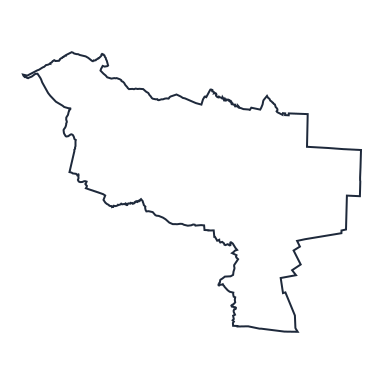 Sfantu Gheorghe, Covasna, Romania (Mercator projection)
{"feature_id": "2599482B96235819306010", "entity_name": "Sfantu Gheorghe", "entity_type": "district", "adm_level": 2, "iso_a3": "ROU", "parent_name": "Romania", "parent_adm1": "Covasna", "projection": "mercator", "projection_center": [25.764, 45.85], "detail": "fine", "context": "isolated", "style": "outline", "palette": "slate", "viewbox_px": 384, "rotation_deg": 0, "n_neighbors": 0, "source": "geoboundaries", "source_scale": "gbopen_adm2", "svg_char_len": 5824}
<svg xmlns="http://www.w3.org/2000/svg" viewBox="0 0 384 384"><path d="M297.7,331.8L295.6,328.5L295.4,327.8L294.9,315.5L285.4,292.4L283.0,293.1L280.7,278.0L296.0,275.2L292.1,270.2L300.7,264.5L293.6,250.5L299.9,246.6L297.1,240.9L305.1,239.2L341.4,233.2L341.5,230.5L346.0,229.5L346.9,195.6L359.9,196.2L360.3,181.3L360.1,180.3L360.1,177.3L360.5,167.4L361.0,150.0L343.0,149.1L328.3,148.0L307.0,146.8L307.7,114.1L288.8,113.4L288.7,115.3L285.1,115.1L285.2,113.4L282.9,113.2L282.6,114.9L277.3,112.2L276.6,111.3L277.4,110.3L277.4,109.2L276.5,107.8L275.7,107.1L274.9,104.5L273.8,103.9L273.1,102.8L272.7,102.8L271.7,101.6L270.3,100.6L269.4,98.8L267.9,97.6L267.0,95.9L263.6,100.1L263.2,101.1L262.6,104.4L261.2,107.8L260.2,109.6L251.3,107.7L249.8,109.9L248.6,109.5L243.4,109.1L240.9,108.1L239.3,107.8L239.0,107.7L239.2,107.1L238.3,106.1L238.4,106.7L238.1,107.0L237.0,106.3L235.8,106.2L235.2,106.4L234.7,105.6L235.5,105.0L235.4,104.8L234.7,105.1L234.0,104.8L233.8,104.4L232.0,104.3L231.5,103.8L232.1,103.0L230.5,101.9L231.1,101.3L230.7,100.9L229.8,101.3L229.3,101.0L229.6,100.6L229.4,100.1L228.1,99.6L227.8,99.8L226.6,99.5L226.7,100.2L226.5,100.4L225.3,100.6L225.1,100.3L225.6,100.3L225.2,99.5L225.0,100.3L224.1,100.4L223.9,99.8L224.3,99.4L224.4,98.5L223.3,98.4L222.6,97.3L222.5,98.0L222.1,98.4L221.4,97.7L219.6,97.2L218.2,96.0L218.7,97.0L218.5,97.4L217.3,97.1L216.9,96.4L216.4,96.2L216.0,95.6L216.0,95.0L216.4,94.5L216.1,93.6L215.5,93.2L214.1,93.4L214.5,92.7L213.6,91.9L212.3,91.4L212.1,91.0L212.5,90.4L212.4,90.0L211.0,89.5L210.4,89.6L209.9,90.4L206.3,97.1L205.2,96.5L204.8,97.1L204.4,97.0L203.0,99.4L201.4,104.6L195.9,103.1L185.0,98.4L182.8,97.9L180.7,96.5L176.5,94.5L170.6,96.5L169.6,97.2L168.6,98.6L166.6,98.4L164.9,98.6L163.0,99.3L161.5,99.3L158.8,100.2L157.7,99.9L157.4,99.2L155.6,99.3L152.8,98.7L151.9,98.1L150.6,96.2L149.6,95.2L148.3,93.0L146.1,91.7L143.2,89.1L139.4,88.8L137.7,89.0L135.6,88.6L134.0,89.2L132.5,88.9L129.0,89.1L127.8,88.1L127.2,87.1L125.3,85.0L124.2,83.0L122.9,81.7L121.9,81.3L121.4,80.9L121.2,80.1L119.9,79.3L116.7,78.1L115.4,78.3L114.3,78.1L111.4,78.6L107.2,77.3L105.7,75.5L103.5,73.7L100.5,70.6L101.0,69.0L102.7,65.9L104.6,66.6L107.4,66.1L108.1,65.5L106.8,60.8L106.0,59.2L105.7,57.8L104.9,56.9L104.5,55.5L103.6,55.0L103.6,54.6L102.1,53.9L101.5,54.5L101.7,55.0L101.1,56.0L99.2,57.9L98.5,58.0L98.4,58.5L96.0,59.7L95.8,60.2L94.2,60.6L93.8,60.4L92.9,61.2L91.9,60.8L88.3,57.9L85.7,56.4L79.8,55.0L78.2,54.2L76.5,54.1L74.1,53.5L73.1,52.7L71.7,52.2L66.1,55.0L66.0,55.6L65.2,55.6L64.9,56.0L64.0,56.3L63.6,57.0L62.9,57.0L62.3,57.5L62.2,57.9L60.9,58.4L60.0,59.1L59.9,59.7L59.5,59.9L59.0,60.8L55.4,61.0L54.5,60.2L54.1,60.2L53.7,60.7L52.7,61.1L51.6,62.5L50.4,63.0L50.4,63.8L50.1,63.7L48.0,64.7L46.0,65.1L44.2,66.8L42.7,67.4L38.9,69.8L37.4,70.3L27.3,75.6L23.0,74.6L23.4,75.6L24.8,77.1L25.7,77.0L26.9,77.8L28.1,78.2L29.1,77.6L31.7,76.6L35.3,73.9L37.5,73.7L40.2,77.7L41.1,79.4L42.2,82.4L48.1,93.0L50.2,95.7L55.9,101.7L62.6,105.7L64.2,107.0L68.4,108.2L70.3,108.4L70.4,108.9L70.2,109.4L69.1,110.3L69.1,111.0L68.6,112.1L68.0,114.8L66.3,117.5L66.2,119.4L66.4,120.4L66.8,121.3L66.7,122.5L66.2,123.4L66.2,124.5L65.7,126.4L65.2,127.5L63.7,129.6L63.6,130.4L63.9,132.9L64.3,133.9L65.7,136.2L66.4,136.5L68.2,136.2L70.3,134.7L71.2,134.3L71.8,134.4L73.0,135.2L73.9,137.0L74.4,138.9L74.8,139.4L75.8,140.0L75.5,141.2L75.5,146.1L75.0,147.7L75.1,148.7L74.3,149.8L74.4,151.0L69.5,172.1L71.6,172.6L72.7,173.4L76.0,173.8L77.5,175.3L77.8,176.3L77.8,174.6L78.4,174.4L78.6,175.1L78.4,176.0L78.5,178.3L77.9,179.9L78.7,181.5L80.1,182.1L82.2,182.0L84.2,181.2L85.4,181.2L86.6,181.6L86.1,183.0L85.4,183.8L85.4,184.2L86.9,185.9L86.7,186.9L85.9,188.3L101.0,193.4L103.2,194.2L105.2,195.5L103.5,199.9L105.3,202.6L106.8,203.9L108.7,204.9L109.0,205.4L110.1,206.0L111.4,206.1L111.8,206.8L112.1,206.4L112.8,207.0L113.2,207.0L113.7,206.3L113.8,205.8L115.7,206.1L116.3,205.9L117.7,205.4L118.0,204.8L118.6,205.0L120.6,204.4L121.1,203.7L121.5,203.7L121.9,204.2L122.5,204.3L124.0,204.0L124.8,204.2L125.5,203.4L126.7,204.0L126.1,204.5L126.2,204.8L126.9,205.1L127.3,205.0L128.0,203.6L128.4,203.4L130.3,203.6L130.6,202.8L130.8,202.8L131.3,203.2L132.1,203.1L132.5,203.5L132.7,203.2L133.3,203.6L134.1,203.3L134.6,202.2L135.1,201.9L135.2,202.4L136.0,201.9L135.9,201.7L136.0,201.5L137.4,202.0L137.8,201.5L137.7,201.2L138.3,201.3L138.3,200.9L138.9,200.6L139.5,201.0L139.7,200.9L139.9,200.7L139.7,200.2L141.0,199.1L142.8,201.3L142.9,202.3L143.4,203.3L143.8,205.0L145.4,206.7L145.1,207.7L145.6,210.0L146.4,211.4L148.6,211.2L152.7,212.1L155.4,215.2L156.7,215.7L158.7,215.9L162.9,217.6L165.6,219.3L169.3,222.6L172.7,224.1L177.5,224.2L180.1,223.8L182.2,223.9L184.0,224.8L187.8,225.7L191.2,225.3L193.1,224.5L194.8,224.7L195.4,225.6L201.2,225.1L204.1,225.4L204.5,230.0L208.5,230.2L208.5,230.5L213.7,230.4L214.3,236.9L215.0,236.9L217.2,240.7L219.2,239.8L219.3,241.0L220.3,242.5L222.2,241.9L224.0,243.4L224.4,244.7L225.3,245.1L227.8,244.2L229.5,245.4L230.4,245.2L230.5,244.7L230.2,243.1L230.6,242.3L231.1,242.3L232.8,243.6L235.5,248.0L237.1,249.9L234.8,250.7L233.9,251.8L232.1,253.1L236.5,255.2L236.0,256.7L236.5,257.7L238.1,259.2L234.2,265.0L234.1,266.0L234.5,268.0L234.4,268.8L233.5,271.7L233.1,274.9L230.6,276.3L224.9,276.6L222.3,278.6L220.5,279.7L220.2,280.2L219.9,282.3L219.4,282.7L219.4,283.5L218.6,284.2L218.5,284.6L218.6,285.3L219.1,285.5L220.3,284.7L222.0,284.6L222.8,284.2L223.4,285.4L223.9,285.7L224.6,286.9L227.6,290.2L229.6,291.7L233.2,292.6L233.1,292.8L233.3,295.0L233.7,296.7L235.2,297.3L234.8,299.9L235.2,302.4L233.0,304.7L232.5,304.6L231.4,305.5L231.8,306.6L235.4,307.3L235.9,307.7L235.8,308.7L235.4,309.1L234.2,309.3L233.6,310.9L233.8,312.2L235.0,314.7L233.1,315.7L233.8,319.0L232.6,320.3L233.9,321.6L232.9,323.0L233.1,325.8L237.5,326.0L237.5,326.5L248.1,326.3L259.7,328.7L261.4,328.7L284.5,331.6L297.7,331.8Z" fill="none" stroke="#1e293b" stroke-width="2"/></svg>